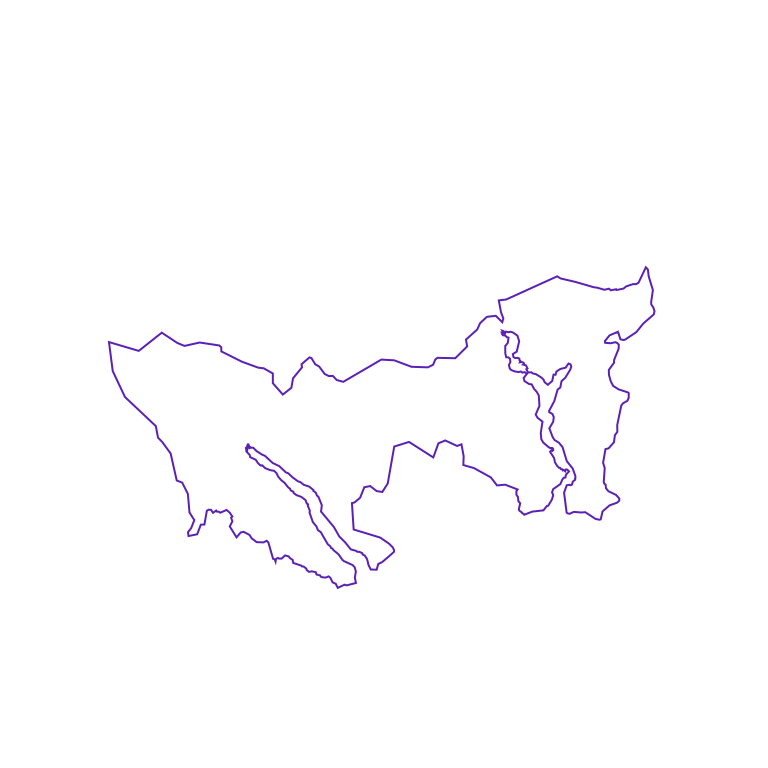 outline of Sogndal nor, Sogn og Fjordane, Norway, rotated 298°
{"feature_id": "86288312B91120351294699", "entity_name": "Sogndal nor", "entity_type": "district", "adm_level": 2, "iso_a3": "NOR", "parent_name": "Norway", "parent_adm1": "Sogn og Fjordane", "projection": "mercator", "projection_center": [6.969, 61.338], "detail": "fine", "context": "isolated", "style": "outline", "palette": "violet", "viewbox_px": 768, "rotation_deg": 298, "n_neighbors": 0, "source": "geoboundaries", "source_scale": "gbopen_adm2", "svg_char_len": 6154}
<svg xmlns="http://www.w3.org/2000/svg" viewBox="0 0 768 768"><g transform="rotate(298 384 384)"><path d="M610.0,560.4L593.0,561.2L590.6,559.8L589.2,557.1L583.9,552.0L580.7,550.7L576.1,545.1L576.6,544.4L573.2,540.3L573.8,538.0L570.6,534.2L569.2,527.3L567.9,523.7L564.0,505.1L560.1,490.4L560.4,486.4L516.0,452.2L511.7,446.1L502.2,453.7L497.9,458.6L494.1,459.4L496.7,450.7L491.6,443.3L482.9,440.3L475.7,440.7L461.7,435.5L456.2,439.8L440.2,434.8L432.2,418.9L429.8,417.8L424.0,418.3L419.3,414.9L412.1,400.2L409.7,381.9L404.3,370.2L366.8,347.0L365.3,340.4L367.1,335.1L365.1,331.4L365.0,326.9L369.0,318.5L369.1,314.1L372.8,307.8L372.5,305.7L362.7,301.9L360.2,303.8L346.4,301.0L337.1,304.0L327.2,299.6L332.5,285.5L341.1,280.9L341.4,270.5L339.4,265.3L337.0,248.3L336.4,225.1L340.0,223.1L340.7,220.5L334.1,201.8L324.0,190.0L323.2,182.3L325.0,163.7L298.1,151.9L291.9,121.5L268.1,138.4L250.9,161.4L239.7,202.3L230.6,209.6L228.6,215.6L222.5,228.2L201.5,246.3L202.2,252.1L194.9,262.4L179.2,272.6L174.8,280.4L166.3,281.4L161.1,280.5L158.0,282.8L163.6,289.6L173.8,288.3L175.6,291.4L188.9,287.1L190.7,288.2L191.7,290.3L190.0,293.5L193.5,295.3L192.9,296.4L193.7,298.4L193.5,299.9L198.9,304.1L198.0,308.1L195.8,312.3L194.1,311.8L191.6,314.6L185.8,314.7L179.4,325.8L185.7,327.2L187.6,329.5L187.6,336.1L185.6,339.6L184.6,345.9L187.6,352.0L190.5,354.0L189.8,356.3L177.6,368.1L177.9,369.8L176.3,371.6L178.6,370.8L180.6,371.9L180.6,373.4L181.8,375.6L186.2,377.1L187.0,380.7L186.1,382.8L185.9,385.8L183.4,387.9L184.8,396.1L184.4,397.0L185.1,398.7L184.5,402.1L183.5,403.0L182.9,405.9L184.7,408.2L185.8,412.1L184.1,413.8L185.0,417.4L184.2,418.7L184.6,420.9L185.8,423.5L188.1,425.4L187.7,427.6L184.7,431.8L185.0,435.1L182.3,438.9L188.3,443.4L188.7,445.6L195.1,452.6L199.5,449.1L205.2,447.2L208.4,444.2L209.4,441.3L208.8,431.9L209.2,429.9L212.3,423.7L213.6,417.3L214.5,415.7L214.4,414.1L215.4,413.0L216.1,409.6L223.6,397.6L223.9,394.3L226.6,391.1L228.6,386.1L235.4,378.7L237.3,378.0L240.8,373.8L242.1,373.5L242.2,372.0L244.7,369.1L245.5,364.0L244.8,358.9L245.3,355.4L246.4,354.5L246.2,351.7L247.5,350.1L247.7,348.1L250.1,342.4L250.9,338.2L252.6,333.9L254.7,331.2L255.8,327.8L254.5,324.0L253.9,318.6L255.0,314.7L253.7,313.3L254.5,313.6L254.2,312.5L255.0,309.8L256.9,306.3L256.6,300.3L258.3,298.7L259.8,294.3L262.7,292.3L262.4,291.3L262.8,292.2L262.5,292.5L263.1,292.3L262.0,292.9L262.9,293.1L262.5,294.2L264.3,291.9L263.6,293.1L264.3,293.0L264.4,292.5L264.9,292.4L264.2,293.1L263.3,293.3L262.9,293.8L264.4,293.3L263.4,294.5L265.6,292.7L266.1,292.8L264.2,294.4L264.6,295.1L263.8,296.3L266.3,293.0L267.6,292.2L266.1,293.6L264.2,296.3L265.4,294.8L265.6,295.7L265.2,296.3L266.3,298.4L264.9,303.2L264.4,309.7L264.7,312.6L262.0,322.8L262.3,330.0L259.9,338.9L260.2,341.4L258.7,346.9L257.7,353.5L258.1,356.5L257.3,360.4L258.3,366.2L257.2,371.5L256.5,371.8L256.0,374.8L254.0,377.2L253.6,379.1L247.8,386.0L241.8,388.3L234.2,406.9L228.3,416.2L226.1,423.6L222.4,432.4L223.6,437.7L223.3,439.1L224.3,441.3L224.4,444.4L223.4,445.2L223.5,447.4L221.5,451.2L216.8,455.4L214.0,459.4L216.6,464.7L222.4,463.4L225.7,465.9L233.9,469.2L240.5,471.6L241.9,471.0L243.8,468.6L245.4,463.4L246.6,452.7L241.3,425.5L263.8,411.6L265.6,413.6L272.3,416.3L283.6,415.1L287.4,419.7L286.0,427.8L287.9,433.2L297.9,434.0L333.6,422.4L344.6,433.3L342.3,462.0L357.2,459.9L362.9,464.6L363.6,477.6L367.1,480.7L357.7,488.2L349.7,492.1L352.0,502.9L351.7,522.2L347.5,531.4L352.0,538.3L353.6,551.5L351.4,551.2L348.2,553.1L347.2,555.2L343.4,557.9L342.7,560.2L336.6,561.9L335.7,562.9L335.3,565.9L334.7,566.9L335.0,568.0L334.4,569.2L340.9,574.8L347.3,584.1L352.6,585.0L353.6,586.1L360.9,586.5L365.5,585.5L367.1,583.3L370.6,582.7L378.4,586.7L383.3,586.3L385.6,586.7L386.6,588.1L389.3,587.2L393.6,588.4L394.4,586.3L394.2,585.2L393.7,584.5L392.0,585.0L392.4,582.7L391.7,582.3L392.3,581.4L391.9,580.1L392.6,579.0L392.2,578.0L393.0,575.3L395.2,571.6L398.5,568.9L402.1,562.5L404.0,562.7L403.0,562.8L404.2,563.0L404.0,564.1L405.2,564.5L406.3,563.5L406.5,562.5L405.4,560.7L405.6,558.5L407.1,552.1L409.1,548.8L414.4,545.4L425.2,541.6L426.2,535.6L428.2,532.3L437.7,531.5L446.6,526.0L448.8,522.5L450.0,519.0L453.0,514.6L452.1,512.1L452.5,506.7L454.8,504.5L460.1,505.4L460.5,502.7L459.0,500.8L459.3,499.0L457.7,497.2L456.4,493.2L456.1,489.9L456.6,487.9L459.4,485.4L462.7,485.3L465.5,483.3L465.9,481.4L465.0,479.4L468.0,476.7L474.5,473.2L478.3,474.0L483.4,472.2L483.0,470.3L483.7,468.4L482.9,466.1L483.5,464.7L485.0,465.5L485.1,464.3L485.6,465.0L486.6,463.5L486.8,464.9L485.2,467.1L487.5,467.1L488.2,469.8L489.5,471.0L490.0,473.6L489.4,479.0L485.2,483.3L474.9,486.0L470.9,483.7L468.5,485.8L468.5,487.8L469.8,489.6L470.0,491.6L468.8,492.2L468.4,493.5L466.9,493.7L468.1,495.4L468.3,497.3L467.4,498.4L466.5,497.9L467.1,500.6L465.1,503.4L463.9,502.7L461.8,505.8L463.5,508.6L463.2,510.2L464.0,513.6L463.6,519.9L462.8,522.7L461.0,525.0L460.2,529.0L465.6,531.1L471.9,529.3L472.7,531.1L476.0,530.4L480.0,532.6L483.7,536.7L488.7,537.3L488.9,539.5L487.3,541.2L484.0,541.7L474.5,541.1L469.9,539.4L463.7,541.3L460.6,539.9L448.8,542.4L437.8,542.4L436.7,543.1L436.6,546.8L434.4,549.5L430.1,551.1L422.5,550.8L416.5,557.6L414.6,560.8L414.3,565.9L412.1,571.3L401.7,581.6L398.0,590.2L392.7,596.1L390.4,597.3L389.4,596.7L390.0,597.3L389.1,597.7L386.4,596.5L383.5,597.2L382.3,596.5L382.1,595.1L380.4,592.9L372.6,594.0L356.2,605.6L356.0,606.9L356.6,608.9L360.2,611.6L363.1,618.4L365.3,621.9L364.2,634.0L365.2,637.8L366.2,638.9L374.1,636.8L382.7,640.1L388.5,645.4L391.4,646.5L393.3,645.5L395.0,641.0L394.7,632.5L396.2,628.9L399.2,626.9L399.4,625.3L400.7,624.0L413.3,618.4L417.4,614.4L430.5,610.1L432.6,612.5L440.5,614.4L447.2,611.9L451.3,612.5L457.2,609.2L476.4,603.6L479.2,604.1L483.4,606.8L486.8,606.5L490.8,604.4L491.1,603.4L489.4,593.6L489.9,587.2L492.8,583.0L497.6,578.4L502.0,575.9L510.8,577.1L513.2,575.9L525.4,574.6L529.0,572.8L529.7,570.6L529.5,568.6L526.5,565.2L524.2,560.0L525.6,558.9L532.8,560.3L539.4,565.6L538.8,565.7L539.3,566.8L534.5,571.7L535.2,574.7L536.3,576.0L548.4,582.5L559.0,584.5L572.1,589.5L575.2,588.7L577.9,586.0L579.7,582.7L581.8,581.4L593.2,577.3L603.4,567.1L608.9,563.3L610.0,560.4Z" fill="none" stroke="#5b21b6" stroke-width="2"/></g></svg>